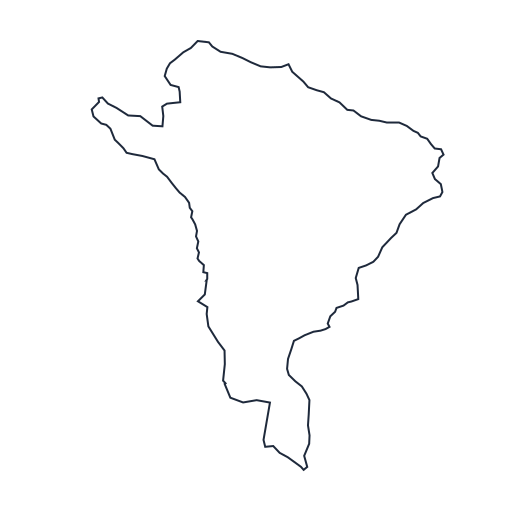 Anogyra, Limassol, Cyprus, rotated 276°
{"feature_id": "46923920B16443175718696", "entity_name": "Anogyra", "entity_type": "district", "adm_level": 2, "iso_a3": "CYP", "parent_name": "Cyprus", "parent_adm1": "Limassol", "projection": "robinson", "projection_center": [32.732, 34.742], "detail": "fine", "context": "isolated", "style": "outline", "palette": "slate", "viewbox_px": 512, "rotation_deg": 276, "n_neighbors": 0, "source": "geoboundaries", "source_scale": "gbopen_adm2", "svg_char_len": 2220}
<svg xmlns="http://www.w3.org/2000/svg" viewBox="0 0 512 512"><g transform="rotate(276 256 256)"><path d="M48.3,325.7L51.6,329.0L62.3,324.8L74.8,328.5L83.2,328.0L93.0,325.4L103.7,325.0L118.3,324.2L124.3,320.6L131.1,315.2L135.5,308.2L141.1,301.1L147.0,298.7L157.0,298.6L167.2,300.9L175.6,302.6L178.6,307.4L182.3,312.7L186.7,321.1L188.5,328.0L190.6,332.8L193.2,336.5L196.3,334.4L203.8,336.2L208.8,340.5L212.8,341.5L215.8,348.2L219.5,352.2L220.7,355.6L223.8,362.2L225.3,362.0L237.8,360.0L244.5,357.5L254.9,359.4L258.1,366.4L262.5,373.3L268.0,377.5L277.9,380.7L288.0,388.4L293.7,393.3L302.6,395.5L312.7,400.8L319.1,410.4L326.2,416.8L332.1,426.0L334.5,432.8L339.1,434.7L342.4,433.7L346.8,432.3L351.2,425.9L357.0,422.7L364.1,427.7L372.7,428.3L376.4,431.9L381.5,428.9L381.6,422.5L385.6,418.3L390.5,414.0L392.1,407.4L392.6,406.8L395.4,404.1L396.9,399.5L401.1,392.4L403.7,384.3L402.4,372.2L403.4,364.5L403.4,356.4L405.9,345.9L410.9,337.7L410.9,331.5L417.5,323.0L420.5,314.1L426.0,306.4L427.2,299.1L429.3,290.2L434.4,284.9L443.0,272.8L450.1,268.3L449.3,266.7L446.6,261.4L445.1,250.4L445.1,240.8L448.2,230.5L451.4,222.0L454.6,211.3L455.4,199.4L459.8,190.6L463.6,186.8L463.7,175.5L456.1,169.5L451.0,162.4L442.8,154.7L438.7,150.3L433.0,147.7L425.4,146.4L417.2,153.2L415.9,161.4L411.5,162.9L401.0,164.6L399.7,158.4L398.2,151.5L394.8,147.1L385.5,149.2L375.2,149.4L374.8,139.6L383.0,126.3L382.4,114.2L388.7,101.8L392.1,92.8L397.6,86.6L396.3,82.9L392.8,83.8L384.6,77.3L377.8,79.8L371.6,88.2L370.8,93.4L367.4,97.9L356.9,103.4L353.9,107.3L349.3,112.9L345.1,116.5L344.4,122.4L343.6,132.5L341.6,144.9L332.0,150.3L328.3,154.9L325.5,159.3L320.1,164.3L315.2,169.1L311.1,173.4L307.3,179.2L301.9,183.9L297.0,185.1L293.9,188.0L287.7,187.4L285.8,189.0L281.1,192.2L274.8,194.7L269.2,194.3L264.4,197.1L257.5,196.4L253.6,198.9L247.4,198.1L245.1,200.0L241.5,205.1L234.4,205.3L233.9,209.3L228.1,209.9L226.7,209.2L226.8,209.5L212.4,209.1L204.9,203.0L200.1,213.0L193.2,213.0L181.0,216.0L166.6,227.2L158.7,234.6L145.2,236.3L140.4,236.3L128.6,236.3L126.2,239.0L125.5,238.2L112.4,245.3L109.0,258.5L112.7,271.7L111.7,285.2L73.9,282.7L67.2,285.1L68.8,293.0L62.7,300.1L59.2,308.6L51.0,322.8L48.3,325.7Z" fill="none" stroke="#1e293b" stroke-width="2"/></g></svg>